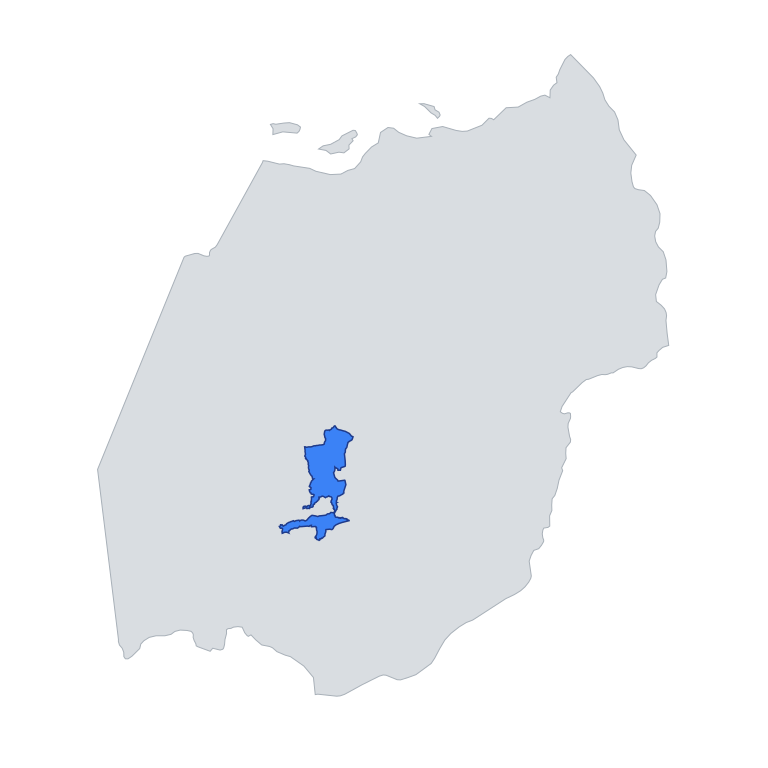 Uyui, Tabora, United Republic of Tanzania (highlighted), rotated 263°
{"feature_id": "72390352B28683809474818", "entity_name": "Uyui", "entity_type": "district", "adm_level": 2, "iso_a3": "TZA", "parent_name": "United Republic of Tanzania", "parent_adm1": "Tabora", "projection": "mercator", "projection_center": [33.083, -4.94], "detail": "fine", "context": "in_parent", "style": "filled", "palette": "blue", "viewbox_px": 768, "rotation_deg": 263, "n_neighbors": 0, "source": "geoboundaries", "source_scale": "gbopen_adm2", "svg_char_len": 9753}
<svg xmlns="http://www.w3.org/2000/svg" viewBox="0 0 768 768"><g transform="rotate(263 384 384)"><path d="M276.2,550.8L267.3,546.0L259.2,543.2L252.6,540.0L249.6,536.9L243.4,535.7L238.0,535.2L233.0,532.3L222.8,531.2L221.7,529.3L221.5,525.0L219.7,523.9L216.0,522.8L212.0,522.9L209.6,523.5L208.1,523.2L204.8,520.7L201.7,517.5L200.6,512.4L195.9,509.1L190.5,506.5L175.5,506.8L173.2,506.0L169.6,503.4L165.4,499.1L162.1,494.3L159.1,487.7L156.1,478.7L138.9,443.3L137.2,436.5L133.8,429.1L128.3,420.0L122.5,413.2L114.6,407.1L105.7,400.9L100.9,396.8L91.6,380.2L89.8,372.4L88.3,364.3L88.9,361.0L94.7,350.6L95.3,347.7L94.6,343.8L91.7,335.5L88.1,325.4L80.8,307.1L79.8,302.5L79.9,299.0L84.2,280.5L84.1,277.9L101.3,278.2L113.8,270.1L124.8,257.9L126.9,252.9L131.4,245.1L135.8,241.2L137.4,238.5L139.9,230.8L145.7,225.5L151.2,221.4L150.1,218.6L150.9,217.5L154.0,215.5L159.9,213.6L161.0,209.5L161.0,204.9L160.1,202.3L160.2,199.4L159.3,197.7L155.5,197.3L149.7,195.0L144.9,194.0L141.6,192.7L140.4,191.7L139.9,188.9L142.6,181.8L139.9,178.9L145.9,167.2L147.0,165.7L149.1,165.6L152.6,164.3L155.8,163.7L158.4,164.2L160.3,163.7L162.0,162.4L163.4,158.4L164.6,151.7L163.9,146.3L161.5,142.1L160.8,135.7L161.9,127.1L161.1,120.0L158.4,114.3L155.5,110.9L151.2,109.3L144.5,100.6L142.4,96.4L142.8,93.8L145.1,92.6L149.4,93.0L153.5,92.0L157.2,89.6L160.9,89.0L162.9,89.3L334.1,89.3L534.2,201.0L535.1,202.4L536.6,212.0L536.3,215.3L533.2,220.8L532.3,223.7L532.3,225.7L533.0,226.5L535.7,226.8L537.9,228.1L538.7,229.2L540.4,233.3L542.6,235.4L618.7,290.4L620.4,291.2L619.3,295.8L615.0,307.0L614.8,311.6L613.1,317.1L611.5,320.8L607.1,336.5L603.4,342.4L598.4,356.2L597.6,366.8L600.4,374.2L601.4,381.1L607.3,387.9L612.0,390.4L615.1,393.5L620.8,400.6L624.0,407.7L634.1,411.2L638.1,419.2L636.7,424.7L632.0,429.3L627.6,436.7L624.0,446.4L624.0,461.3L626.3,459.0L631.7,462.7L632.4,473.6L626.9,486.4L625.2,492.4L624.9,497.5L628.9,512.8L635.0,520.6L634.5,523.0L632.9,525.1L643.3,538.9L642.5,550.9L646.3,560.2L648.1,568.3L650.6,574.6L651.1,578.9L647.9,583.6L655.5,584.8L659.9,588.7L662.0,592.4L667.5,592.3L670.4,594.8L674.7,596.9L684.1,603.2L686.7,606.4L688.2,609.4L662.3,629.2L652.9,634.3L646.2,636.6L639.1,637.9L632.3,641.1L625.9,646.0L617.6,648.4L607.6,648.5L597.1,651.9L580.5,662.2L570.9,656.5L563.3,654.7L554.6,654.8L549.3,655.6L547.4,656.8L545.8,660.3L544.3,666.0L538.6,671.5L528.6,676.8L519.4,678.7L511.0,677.4L505.3,675.2L502.3,672.1L497.9,670.7L492.1,671.0L486.6,673.1L481.2,677.3L472.8,679.0L461.1,678.5L454.9,676.5L454.0,673.1L448.9,669.1L439.6,664.5L432.7,664.4L428.3,668.8L424.3,671.6L420.6,672.7L417.4,672.8L412.7,671.6L399.8,671.2L387.6,671.3L386.4,665.0L383.8,661.1L381.7,658.7L377.5,658.2L376.3,656.4L374.9,652.4L372.8,649.0L370.0,646.2L368.4,643.6L367.8,641.2L368.3,638.6L370.8,632.1L371.6,627.6L371.3,623.0L370.0,618.3L367.1,612.7L367.4,611.1L366.4,607.3L366.3,604.7L366.9,601.3L366.3,597.0L363.8,587.7L363.8,585.3L361.2,580.8L353.1,570.1L352.7,568.7L340.0,558.0L335.0,555.6L333.1,557.6L332.4,559.5L333.0,562.9L332.7,564.6L332.1,565.4L329.1,565.3L327.2,564.9L322.4,562.0L318.7,561.3L309.4,561.8L306.1,562.5L303.6,561.9L298.6,556.9L292.9,555.9L287.7,555.7L279.2,550.1L276.2,550.8ZM635.4,372.5L639.6,384.2L639.1,386.4L636.1,387.7L634.6,387.9L632.7,386.0L631.4,382.0L629.2,383.0L625.4,378.3L621.6,378.0L618.3,372.4L619.6,367.5L618.8,359.1L622.9,354.9L625.2,347.7L627.8,352.6L628.4,360.2L632.0,369.3L635.4,372.5ZM655.5,302.9L655.9,305.7L655.0,308.3L655.2,316.6L654.9,322.1L651.8,329.7L649.2,332.4L646.9,331.6L645.1,330.4L643.6,328.3L646.6,314.3L645.1,304.1L650.9,305.0L655.5,302.9ZM647.1,471.7L644.2,472.5L643.0,471.8L641.2,469.5L644.4,467.5L647.4,463.7L654.5,458.1L657.8,453.6L657.3,458.0L653.3,467.5L649.9,468.1L647.1,471.7Z" fill="#d9dde1" stroke="#a8b0b8" stroke-width="1"/><path d="M247.9,271.0L248.1,270.9L248.6,271.5L249.8,271.7L250.0,272.5L250.8,273.3L251.4,274.4L251.3,275.2L251.4,275.9L252.0,277.5L251.5,280.6L252.4,282.3L253.0,282.8L252.6,283.7L252.5,284.9L252.3,290.7L251.8,292.3L252.5,293.2L252.6,294.7L251.9,294.5L251.5,294.6L251.5,294.4L251.2,294.5L251.1,294.8L251.0,298.0L250.9,298.7L250.3,299.3L250.0,299.4L250.0,299.2L249.7,299.1L248.9,299.4L248.0,299.3L247.0,299.3L246.0,299.6L244.6,299.4L243.3,299.1L241.7,298.3L241.2,297.5L240.8,297.2L240.0,296.9L239.4,297.1L239.4,297.5L239.7,297.9L238.3,298.1L237.9,298.4L237.1,300.2L236.7,300.5L237.0,301.2L238.0,301.3L238.2,301.5L238.1,302.5L238.3,302.8L238.1,302.8L238.6,304.2L239.6,305.4L240.3,306.7L240.8,306.9L242.2,307.1L243.7,307.9L244.7,308.3L246.2,308.4L246.6,308.7L246.5,312.7L245.9,314.0L245.9,314.6L246.1,315.1L246.8,315.9L248.8,317.2L250.1,319.3L250.8,321.6L251.0,321.8L251.2,323.3L251.3,323.5L251.7,325.7L252.6,332.7L252.9,332.7L253.3,332.2L253.4,331.7L253.5,331.6L253.5,331.2L253.8,331.1L253.7,330.9L253.9,330.8L254.0,330.6L254.6,330.7L255.1,329.7L254.9,329.4L255.0,328.9L255.2,328.6L255.2,328.0L255.9,327.3L256.0,327.0L256.4,326.9L256.6,326.7L256.3,326.3L256.4,326.2L256.5,325.8L256.3,325.1L256.5,325.0L256.3,324.6L256.4,324.4L256.2,324.4L256.3,324.2L256.2,324.1L256.4,323.9L256.4,323.3L256.6,323.1L256.5,322.9L256.6,322.7L257.0,322.6L257.3,321.5L257.5,321.4L257.5,320.6L257.7,320.2L257.8,319.6L258.6,319.3L259.4,319.4L259.8,318.9L260.1,319.0L261.5,318.8L262.4,319.5L262.9,319.7L263.2,320.1L264.9,321.3L265.6,322.1L265.9,322.1L266.1,322.0L266.6,322.1L267.3,322.7L268.0,322.9L268.6,322.5L269.1,322.4L269.7,322.1L270.1,322.2L270.8,322.2L271.2,322.0L271.9,322.2L272.1,322.7L272.2,322.3L272.4,322.3L272.9,322.4L273.9,322.5L274.3,322.7L274.6,323.1L275.3,323.4L277.1,323.8L278.3,324.6L278.4,326.3L279.2,328.1L279.7,329.6L279.9,329.9L280.5,330.1L280.7,330.9L282.5,331.0L288.7,333.9L293.0,333.5L293.3,333.3L293.2,327.1L293.4,326.4L294.2,326.3L296.3,324.5L297.4,323.8L302.1,323.1L302.9,323.8L304.2,324.6L305.8,325.0L306.6,325.0L307.5,325.1L307.1,325.4L306.7,326.1L306.3,326.4L306.0,327.0L305.4,327.6L305.0,327.7L305.0,327.8L304.4,327.7L304.3,327.8L304.0,327.8L303.9,328.1L304.0,328.4L303.7,330.2L306.0,331.0L306.4,332.0L306.4,332.4L306.5,332.8L306.9,334.9L307.2,335.5L308.6,335.8L312.5,336.1L319.6,336.2L320.9,337.2L321.6,337.4L322.8,337.5L323.6,337.8L324.0,337.9L324.5,338.1L324.8,338.6L325.7,339.4L328.9,340.5L329.3,340.8L330.3,341.0L330.6,341.4L330.7,341.7L331.1,342.1L331.1,342.5L331.6,343.2L331.8,344.1L332.2,344.5L332.2,344.9L332.6,345.5L334.8,346.6L335.5,346.8L336.2,345.4L339.1,343.6L341.8,339.7L342.4,338.0L343.6,335.3L344.0,333.9L344.3,333.5L344.6,332.7L345.7,331.5L346.4,331.4L346.9,331.1L347.1,330.8L348.2,330.5L348.4,330.2L348.4,329.7L348.2,329.4L347.3,328.6L346.7,327.8L346.6,326.8L345.9,326.5L345.7,326.2L345.4,326.0L345.2,324.9L344.6,324.4L344.5,324.2L345.0,323.8L345.1,323.3L345.0,322.6L345.3,320.9L345.1,320.2L344.4,319.4L341.4,318.5L339.3,318.8L338.6,318.7L338.3,318.9L337.6,319.0L337.3,319.3L336.7,319.4L335.9,319.2L335.4,319.2L334.7,318.9L333.7,318.0L332.6,317.5L331.9,317.5L331.7,317.4L331.1,315.9L331.2,315.3L331.1,314.3L331.3,312.8L331.1,311.0L331.2,309.1L331.0,308.4L331.2,307.0L330.6,304.8L330.5,303.5L330.8,301.4L330.6,299.6L330.7,299.1L331.1,298.6L331.3,297.6L327.4,297.6L326.9,297.4L324.5,297.5L323.7,297.5L322.2,296.6L321.7,296.7L321.0,297.3L320.6,297.3L320.1,297.2L319.8,297.4L319.6,297.1L318.8,297.6L318.8,297.9L318.4,298.1L318.1,298.4L317.2,298.7L316.9,299.1L316.4,298.9L315.1,299.3L314.8,299.4L314.0,299.0L313.3,299.0L312.4,299.3L310.2,298.8L308.6,298.9L307.9,299.3L306.9,299.2L306.8,298.9L306.3,298.7L303.1,300.0L301.8,300.7L301.3,301.3L298.4,301.6L298.3,302.6L296.4,300.1L295.0,299.5L294.6,298.9L293.6,298.7L291.6,297.4L291.2,297.9L290.9,297.8L290.1,298.9L288.4,298.6L288.2,298.1L288.1,296.9L286.6,297.0L285.6,297.4L285.1,297.5L284.7,298.3L283.8,298.3L283.2,299.3L283.3,299.7L283.1,300.5L282.8,301.0L282.4,301.1L280.7,300.3L280.7,298.2L280.4,298.1L279.2,298.1L277.8,297.8L277.5,297.8L276.9,297.5L276.3,297.6L276.1,297.4L276.1,297.2L275.6,297.1L275.2,297.0L274.5,297.2L273.9,296.9L273.6,296.5L273.1,296.6L272.5,296.4L272.3,294.9L272.6,294.3L272.4,293.5L272.0,292.9L271.9,292.1L271.9,291.8L272.3,291.3L272.4,289.7L271.9,288.9L270.9,288.5L270.1,288.5L270.6,290.8L270.6,291.6L270.4,291.9L269.7,292.3L269.7,292.6L270.0,293.0L269.5,294.9L269.8,295.1L270.0,295.1L270.1,295.3L270.3,295.2L270.9,295.3L270.5,297.4L270.6,298.0L270.8,298.2L270.9,298.6L271.1,298.7L272.7,299.0L273.2,300.2L273.4,300.4L273.8,300.3L274.3,300.8L275.0,302.4L275.6,302.9L275.9,303.7L277.0,304.7L277.2,305.3L278.0,305.5L278.5,305.4L278.7,305.5L278.7,305.8L279.6,305.6L279.6,307.5L280.2,308.7L280.2,309.2L280.0,309.8L279.4,310.8L278.7,311.5L278.3,312.1L278.6,312.4L278.9,313.2L278.9,313.9L279.7,315.6L279.1,315.9L278.9,316.3L278.8,316.8L278.4,317.8L277.8,318.2L277.2,318.4L276.0,318.4L275.8,318.1L275.2,317.9L274.3,317.2L273.0,317.0L272.9,317.5L270.7,317.8L270.3,318.0L270.0,318.5L269.4,318.6L269.3,318.8L268.2,318.9L267.2,318.8L267.0,318.7L267.0,319.0L266.7,319.1L265.7,319.0L265.6,319.3L264.8,319.6L263.8,319.6L262.9,318.9L262.4,318.1L263.0,315.6L261.9,314.1L261.9,313.4L262.0,312.3L261.8,311.7L261.2,310.9L260.9,309.9L260.9,305.2L261.0,303.7L260.5,302.2L261.4,300.0L262.4,296.7L262.4,296.4L261.3,294.3L260.9,294.0L260.4,293.1L258.3,290.8L257.7,289.5L257.7,289.0L258.6,287.7L258.9,286.5L259.0,285.5L258.7,284.2L258.7,283.9L258.3,283.6L258.9,283.3L259.2,283.0L259.1,280.0L258.5,278.4L258.7,278.0L259.3,277.6L259.4,277.4L258.9,275.9L258.8,274.9L258.4,273.7L258.2,272.5L257.2,270.3L256.2,269.5L255.9,268.2L255.2,266.9L255.3,266.5L255.9,266.1L256.5,266.0L256.6,265.9L256.6,265.1L256.4,264.8L256.4,264.3L257.6,264.3L256.8,264.2L255.9,263.8L255.3,263.1L255.3,262.8L253.7,263.4L253.4,263.8L253.4,265.0L253.1,265.4L252.6,265.7L251.3,265.4L250.3,264.8L250.0,264.9L249.5,264.8L249.4,265.0L249.0,264.8L248.2,264.8L248.4,265.7L248.9,267.0L248.9,268.2L248.7,269.5L247.9,271.0Z" fill="#3b82f6" stroke="#1e3a8a" stroke-width="1.5"/></g></svg>